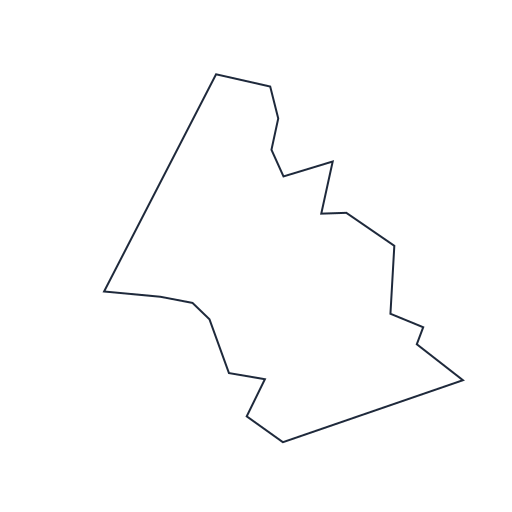 the district of Mallakastër, Fier, Albania, rotated 161°
{"feature_id": "67620474B72354996665991", "entity_name": "Mallakastër", "entity_type": "district", "adm_level": 2, "iso_a3": "ALB", "parent_name": "Albania", "parent_adm1": "Fier", "projection": "orthographic", "projection_center": [19.767, 40.529], "detail": "fine", "context": "isolated", "style": "outline", "palette": "slate", "viewbox_px": 512, "rotation_deg": 161, "n_neighbors": 0, "source": "geoboundaries", "source_scale": "gbopen_adm2", "svg_char_len": 440}
<svg xmlns="http://www.w3.org/2000/svg" viewBox="0 0 512 512"><g transform="rotate(161 256 256)"><path d="M156.5,267.4L180.5,274.8L152.7,320.4L204.1,322.3L206.8,351.4L190.2,378.8L187.4,411.6L234.6,440.8L411.2,271.9L359.7,248.6L331.3,232.3L320.6,211.3L319.7,154.1L287.7,136.6L317.0,107.4L291.2,71.2L100.8,71.2L132.7,120.2L121.1,134.2L147.7,157.6L121.9,220.6L156.4,267.2L156.5,267.4Z" fill="none" stroke="#1e293b" stroke-width="2"/></g></svg>